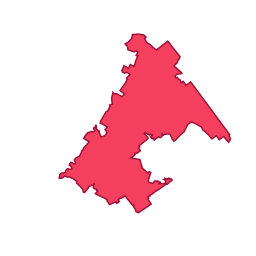 Laucienes pag., Talsi, Latvia, rotated 330°
{"feature_id": "27541924B31657223934984", "entity_name": "Laucienes pag.", "entity_type": "district", "adm_level": 2, "iso_a3": "LVA", "parent_name": "Latvia", "parent_adm1": "Talsi", "projection": "albers", "projection_center": [22.805, 57.249], "detail": "fine", "context": "isolated", "style": "filled", "palette": "rose", "viewbox_px": 256, "rotation_deg": 330, "n_neighbors": 0, "source": "geoboundaries", "source_scale": "gbopen_adm2", "svg_char_len": 5700}
<svg xmlns="http://www.w3.org/2000/svg" viewBox="0 0 256 256"><g transform="rotate(330 128 128)"><path d="M43.3,136.9L43.8,137.4L44.8,138.1L45.5,138.3L46.8,138.3L47.8,138.1L48.5,138.1L49.1,138.2L49.7,138.5L50.1,138.9L50.6,139.8L50.9,140.2L51.3,140.4L52.4,140.9L53.0,141.3L53.6,142.5L55.1,144.3L55.8,145.6L56.4,147.7L57.0,148.7L55.9,150.4L56.3,151.1L57.8,156.0L57.8,157.0L58.0,157.6L58.0,159.1L57.5,160.5L57.3,161.5L58.4,162.1L64.0,159.9L65.2,159.1L66.8,159.5L68.7,159.4L70.5,159.6L69.8,160.2L68.0,162.4L68.3,162.8L68.5,163.5L69.1,164.5L69.4,164.8L70.3,165.3L69.9,165.7L69.6,165.9L69.5,166.3L70.1,167.4L67.9,168.2L66.9,168.5L69.4,172.5L72.0,176.1L74.3,179.8L73.4,180.5L73.4,181.3L73.7,182.5L73.6,183.9L73.5,184.2L74.0,185.1L78.7,185.6L79.0,185.5L79.6,186.0L80.8,186.2L81.0,187.0L80.6,187.4L80.7,187.7L82.3,187.5L83.8,187.4L83.5,185.5L85.2,185.0L87.5,185.4L88.9,185.7L89.5,185.0L91.6,185.4L92.1,189.5L93.4,197.6L94.4,197.4L93.5,199.9L93.6,203.4L93.0,204.3L94.6,206.6L110.1,205.5L109.6,199.4L109.8,199.3L110.9,199.0L110.9,198.8L110.5,198.0L111.1,197.5L112.4,197.4L112.9,197.9L113.4,197.2L114.5,197.3L116.5,197.2L119.5,196.7L124.0,196.5L133.1,195.8L133.6,195.8L134.0,196.4L135.0,196.0L135.7,195.9L140.2,195.2L139.9,193.7L139.3,193.5L139.0,192.5L138.5,192.5L138.3,192.3L138.3,192.0L138.2,191.9L138.1,192.0L138.0,191.9L137.9,192.0L137.6,192.0L137.5,191.9L137.3,192.0L137.3,191.9L137.2,191.9L137.1,192.0L136.9,191.9L137.0,191.8L136.9,191.7L136.5,191.5L136.5,191.4L136.4,191.3L136.1,191.4L136.0,191.2L135.7,191.2L135.7,190.9L135.5,190.7L135.3,190.9L135.1,190.7L134.9,190.8L134.7,190.6L134.4,190.6L134.4,190.4L134.3,190.5L134.2,190.6L133.9,190.6L133.4,190.5L133.9,191.1L134.0,193.0L132.9,194.3L131.7,194.3L127.7,192.1L127.8,192.1L128.0,191.8L128.3,191.7L128.6,191.5L128.6,191.4L128.8,191.3L128.8,191.0L126.8,189.3L127.3,188.8L126.4,188.2L124.9,187.5L124.5,187.2L121.9,188.3L121.1,187.8L119.4,186.0L119.0,185.1L119.3,183.7L121.9,181.1L125.4,178.0L125.1,177.5L125.1,177.3L124.9,177.1L124.4,176.4L122.5,176.7L120.3,169.7L120.6,169.2L122.4,161.5L122.5,161.3L115.7,155.4L120.7,154.7L120.8,153.7L121.4,153.6L122.1,153.6L122.9,154.0L123.1,154.4L127.3,153.9L127.4,150.7L128.7,150.3L128.5,149.0L139.0,147.4L140.0,147.1L140.5,146.7L140.4,145.7L139.9,143.7L139.9,143.4L139.4,141.0L140.5,140.5L142.1,143.4L142.7,143.4L142.9,144.7L144.3,144.5L144.7,145.3L145.2,145.5L145.6,145.8L145.8,146.3L143.1,146.7L143.5,149.4L144.7,149.3L144.9,149.7L144.5,151.4L144.6,151.6L150.2,150.8L150.9,152.3L151.6,152.5L152.8,152.4L154.2,150.8L154.1,150.3L154.5,150.2L154.8,151.9L156.5,151.8L158.8,152.8L159.2,152.9L160.1,153.3L161.2,154.4L161.1,155.1L161.1,156.8L161.1,159.0L160.7,159.5L160.8,160.5L161.1,160.9L161.1,162.4L164.0,162.1L165.3,161.5L170.2,160.1L174.5,159.4L180.6,155.4L182.2,154.8L185.3,154.5L186.3,154.5L186.5,155.2L186.7,155.5L187.4,156.4L189.2,158.9L190.4,161.2L191.0,161.9L191.8,163.6L192.0,164.5L192.0,165.0L191.9,166.1L191.9,167.3L192.0,167.7L192.6,169.1L193.0,169.9L193.5,171.2L194.0,173.2L194.4,174.6L194.7,176.1L194.7,177.5L195.2,179.4L200.7,178.9L201.3,183.8L206.8,183.2L207.3,188.2L207.6,188.3L208.1,190.7L210.2,189.6L210.3,189.2L211.5,188.4L211.5,187.3L211.6,186.6L211.2,185.9L211.7,185.4L212.1,185.2L212.1,184.3L212.7,184.3L211.7,175.3L211.5,174.3L209.2,153.2L205.3,119.4L199.6,120.1L199.3,116.7L199.2,116.7L199.1,115.2L196.5,115.5L196.5,115.4L197.3,112.7L195.7,109.7L196.0,108.9L195.4,108.5L194.4,108.1L194.8,106.5L196.8,105.9L201.9,107.7L202.0,106.5L199.8,100.3L199.7,100.1L199.8,100.0L199.2,98.7L198.9,97.5L199.2,97.2L199.7,97.0L200.0,97.0L203.8,95.8L204.9,94.4L207.2,93.8L208.0,92.8L208.7,92.2L207.2,81.9L206.7,78.7L206.5,77.0L206.6,76.9L205.9,72.7L191.5,74.6L189.8,70.3L189.2,67.4L187.2,64.0L187.0,60.6L187.2,58.8L189.0,58.4L188.8,57.6L188.7,57.6L188.4,55.9L188.3,55.6L188.1,55.3L187.5,54.8L187.5,54.7L183.3,51.4L180.2,50.2L179.2,49.5L178.9,49.4L178.3,49.4L178.1,50.0L177.7,50.6L176.0,52.0L175.3,52.5L171.6,53.6L170.5,53.8L167.6,53.7L167.6,54.9L168.1,55.8L168.2,56.2L168.3,56.6L167.9,58.4L167.0,60.2L171.0,64.8L171.8,65.3L172.3,65.1L173.3,65.4L174.0,65.9L174.4,66.6L174.3,67.1L173.6,68.2L172.8,68.4L171.3,69.0L171.5,69.6L172.7,70.6L172.4,70.8L171.9,70.9L167.9,74.0L166.0,76.1L164.3,77.6L163.2,76.4L162.7,76.1L162.5,75.5L161.7,74.1L158.4,76.5L155.6,72.0L154.0,73.4L151.8,74.9L152.2,75.2L151.0,76.3L152.4,78.9L154.5,79.0L155.0,79.5L156.0,81.4L156.2,82.2L156.4,82.8L151.9,83.9L151.2,85.6L151.4,85.7L149.0,87.2L145.1,89.2L139.8,91.5L141.4,95.5L142.0,96.6L138.4,98.0L138.0,97.1L137.7,96.2L136.7,94.8L136.2,93.8L135.3,92.7L133.4,91.5L133.0,90.8L132.9,90.0L132.8,89.7L132.7,89.9L130.4,92.2L129.7,93.1L129.0,93.6L128.1,95.3L127.7,96.4L127.3,97.0L127.0,98.5L126.7,99.3L123.7,98.9L123.3,99.8L121.8,101.4L118.8,103.0L116.9,103.0L115.5,103.9L108.5,107.9L107.0,109.2L106.4,109.8L106.6,109.9L110.7,116.8L107.5,117.8L107.8,119.5L107.5,120.3L107.5,121.5L104.3,123.1L100.2,122.3L100.7,118.0L101.1,117.1L101.7,116.3L100.8,115.6L100.7,115.2L100.5,114.7L100.3,113.0L100.4,112.1L100.7,112.3L101.7,109.6L101.4,109.4L100.8,109.9L100.2,110.6L100.0,111.2L98.5,110.7L98.4,110.8L98.0,111.3L97.8,112.1L98.2,113.2L97.4,114.1L95.8,113.7L95.3,113.7L94.4,112.8L94.3,112.6L93.7,112.8L91.2,112.0L90.9,112.1L90.3,112.0L90.0,112.7L88.4,112.6L84.5,114.9L84.7,115.3L85.3,116.6L86.9,119.5L87.6,120.4L87.4,120.6L79.7,123.1L78.7,124.0L76.5,124.9L76.4,124.8L73.9,126.9L72.0,128.0L68.0,127.9L67.6,128.0L66.3,128.7L65.5,128.8L65.3,131.7L64.8,131.9L64.1,132.5L63.7,132.6L61.5,129.2L60.3,129.5L59.1,130.3L58.6,130.7L59.6,133.7L58.9,135.4L57.6,135.1L56.2,134.2L55.8,133.1L54.8,133.1L53.2,133.5L52.1,134.5L51.7,135.1L51.3,135.1L49.3,134.6L48.3,133.9L46.8,133.9L46.0,134.2L46.1,134.3L43.3,136.9Z" fill="#f43f5e" stroke="#9f1239" stroke-width="1.5"/></g></svg>